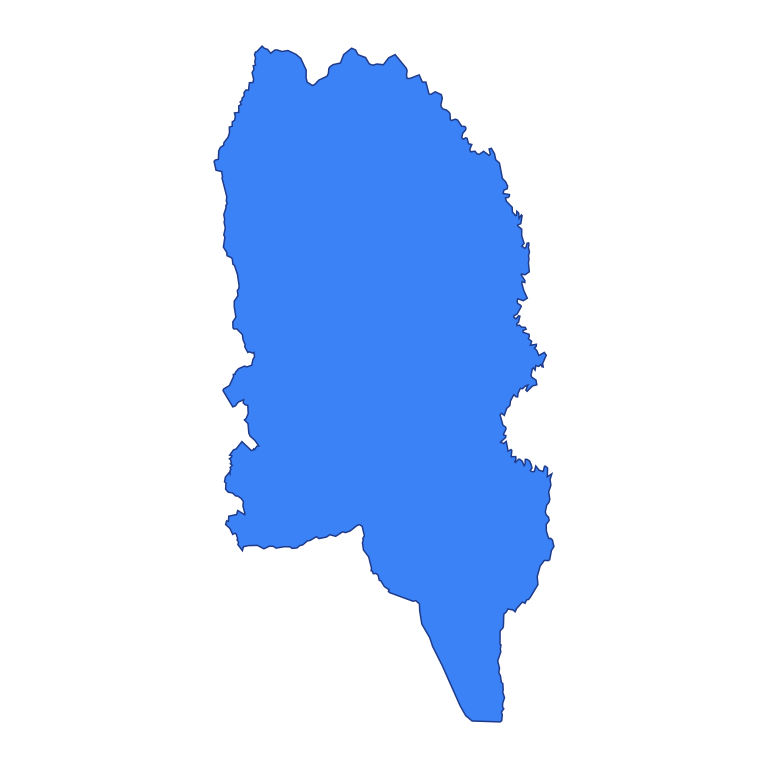 the district of Kamonyi, Southern, Rwanda
{"feature_id": "39286606B23352434464252", "entity_name": "Kamonyi", "entity_type": "district", "adm_level": 2, "iso_a3": "RWA", "parent_name": "Rwanda", "parent_adm1": "Southern", "projection": "equal_earth", "projection_center": [29.885, -2.028], "detail": "fine", "context": "isolated", "style": "filled", "palette": "blue", "viewbox_px": 768, "rotation_deg": 0, "n_neighbors": 0, "source": "geoboundaries", "source_scale": "gbopen_adm2", "svg_char_len": 6069}
<svg xmlns="http://www.w3.org/2000/svg" viewBox="0 0 768 768"><path d="M499.4,163.0L495.7,159.7L494.5,153.8L491.3,148.3L489.1,149.0L490.3,154.1L489.1,155.4L483.6,151.3L479.3,154.3L477.1,153.9L475.0,151.2L470.7,151.8L469.7,149.6L471.8,144.5L468.6,143.8L467.1,138.3L465.7,137.8L463.4,139.2L461.7,137.5L462.7,133.4L465.7,129.7L465.9,127.9L464.9,126.5L461.7,126.2L457.5,120.0L455.4,119.2L451.4,120.5L450.3,119.6L450.0,113.7L449.1,112.3L446.4,110.0L442.8,108.9L441.3,106.9L440.8,105.3L442.3,98.1L441.3,94.6L435.2,91.8L430.8,94.4L429.0,94.0L425.9,82.1L422.3,82.1L419.2,74.9L409.7,78.5L407.0,78.4L406.5,74.9L407.1,70.7L406.3,68.3L395.1,54.6L388.7,57.8L383.4,64.7L376.9,64.0L372.7,65.2L369.2,63.8L365.6,57.6L358.1,54.7L355.5,49.9L351.6,48.2L343.7,54.6L340.4,63.0L333.2,64.6L330.2,66.6L328.9,68.3L328.3,73.8L326.9,76.3L318.8,80.1L314.8,84.4L312.4,85.5L307.2,82.1L306.1,77.9L306.2,70.1L300.7,58.3L295.9,54.3L287.9,50.5L282.0,51.5L277.0,49.9L274.9,50.0L270.6,53.3L267.6,49.4L264.3,48.3L262.1,46.1L256.6,51.9L255.5,52.0L254.5,54.5L255.6,57.9L254.8,61.6L255.5,65.1L253.2,65.8L254.0,69.1L252.1,72.6L253.6,79.3L253.0,82.5L249.4,82.7L248.5,90.2L245.9,90.0L244.0,92.6L244.2,95.9L242.0,98.3L242.1,100.2L240.1,102.0L241.3,104.4L238.8,105.8L238.8,112.3L234.4,113.0L235.3,116.4L234.7,120.1L232.2,122.0L232.2,126.2L229.3,127.1L229.5,132.6L228.2,137.1L224.0,142.5L223.6,145.4L220.4,147.3L218.7,151.0L218.4,159.3L215.4,160.0L214.1,161.3L216.0,170.2L221.7,171.6L222.5,176.8L222.0,178.0L226.8,196.7L226.3,201.0L227.2,203.3L225.8,205.7L226.1,207.4L223.8,214.6L224.7,219.6L224.1,222.3L225.3,227.8L223.8,235.1L224.9,237.1L223.4,247.1L226.8,252.5L227.0,255.7L231.2,257.6L232.3,259.1L232.9,264.2L234.5,265.4L237.5,274.6L239.1,285.9L238.8,288.7L237.3,290.5L238.0,295.7L234.3,301.1L234.2,306.5L235.9,317.2L232.8,321.9L233.0,327.8L233.8,328.9L236.8,328.9L242.4,334.6L243.1,339.8L245.2,344.9L244.7,346.7L247.2,351.3L247.9,352.5L248.9,351.8L252.9,353.1L254.0,352.5L254.5,356.8L253.0,359.3L251.7,365.2L246.9,366.9L244.5,366.1L238.6,368.7L235.4,372.4L235.0,374.3L233.3,374.4L233.5,376.6L229.5,385.5L223.6,389.0L223.0,390.6L232.8,406.9L235.4,405.9L238.1,402.2L243.6,399.7L243.2,402.8L245.2,404.8L247.8,405.4L248.2,413.6L246.1,418.6L244.4,419.9L248.0,423.6L248.8,433.1L250.1,436.1L255.0,440.5L258.8,446.0L256.8,446.3L254.6,449.6L253.7,448.8L252.9,450.2L251.3,450.5L241.9,441.6L236.2,448.9L233.5,449.9L229.7,455.2L231.8,455.7L231.6,457.0L229.4,458.8L230.5,459.5L231.3,463.0L230.4,463.8L232.3,465.4L230.1,467.5L230.9,469.5L230.1,470.4L230.0,473.8L229.2,472.5L225.4,477.1L224.5,481.8L226.0,483.2L225.6,489.2L228.2,492.2L232.6,493.0L235.6,495.9L237.8,496.1L241.0,498.3L243.4,501.5L242.9,506.0L244.9,513.4L244.7,514.7L237.7,510.5L236.6,514.5L228.8,516.2L228.4,521.4L226.7,520.8L225.6,524.5L229.8,528.3L232.7,534.4L234.9,533.3L236.2,534.0L237.7,538.8L237.0,539.9L238.5,541.9L237.9,544.6L242.4,550.7L243.4,546.8L248.2,545.6L257.5,545.4L263.9,548.8L269.6,546.1L273.5,546.4L276.0,548.1L284.4,546.7L290.1,546.8L292.1,548.4L297.0,547.9L299.9,545.5L302.7,544.9L307.2,541.0L310.1,540.4L316.4,536.7L319.0,538.6L326.6,537.0L329.8,534.7L335.7,536.3L342.6,531.8L345.5,532.6L350.2,530.9L357.1,525.4L359.7,524.7L362.2,526.4L364.4,535.9L362.9,538.2L363.1,541.2L362.4,542.6L363.5,550.0L368.7,556.9L371.5,568.2L371.1,570.7L372.1,570.8L373.3,573.7L376.1,573.5L378.1,575.2L379.3,580.4L380.7,580.6L384.4,586.6L389.1,589.8L388.4,591.4L389.6,592.6L412.9,601.2L415.8,600.7L419.4,603.8L419.7,610.8L421.8,624.0L429.8,637.8L432.7,646.6L442.3,665.7L460.2,705.9L465.7,715.6L472.1,721.0L500.1,721.9L501.7,720.7L502.3,714.9L501.4,712.0L503.8,708.8L502.6,707.2L502.6,703.6L504.5,697.7L502.7,692.1L503.2,690.0L502.8,683.6L501.3,682.2L500.4,675.7L498.8,672.6L499.5,668.2L497.7,661.0L500.8,651.7L500.3,649.0L501.0,644.9L500.0,644.1L500.1,630.9L502.8,628.1L503.4,626.2L503.8,614.3L506.5,611.7L507.8,609.0L513.1,610.0L515.1,611.8L516.7,608.4L522.4,602.0L525.0,603.3L526.7,599.8L528.5,599.5L530.3,597.3L537.9,584.6L537.2,576.5L540.2,565.9L544.4,560.4L548.5,560.6L549.7,559.6L551.4,550.6L553.9,546.5L552.4,540.0L550.6,538.3L548.7,538.6L546.4,531.3L546.2,524.6L549.2,520.3L548.5,517.2L546.1,514.7L545.3,511.9L546.7,505.2L549.0,502.2L549.8,499.4L548.7,491.8L550.9,485.3L550.1,479.5L551.8,473.8L547.3,476.8L547.6,468.1L545.5,466.2L544.5,466.3L543.2,471.5L539.1,470.2L535.8,466.0L534.4,471.5L531.8,471.7L530.2,470.5L532.0,468.1L531.3,465.0L529.7,461.2L527.4,459.5L525.3,459.3L525.1,464.0L524.0,465.7L522.3,461.4L519.8,459.3L518.5,459.3L515.4,462.5L514.8,461.9L516.0,458.7L515.7,456.6L511.2,456.7L511.8,450.5L511.0,449.6L508.1,451.2L506.2,441.4L503.7,443.5L500.5,442.2L505.7,437.4L505.8,435.5L504.0,435.4L503.6,434.0L506.0,429.0L505.7,427.2L502.9,425.1L500.1,414.9L501.5,413.3L504.3,415.4L506.7,408.4L509.9,405.4L510.5,400.9L513.2,395.8L513.9,394.7L515.8,396.6L517.6,396.9L518.1,393.1L520.3,388.4L522.6,388.7L524.8,386.4L527.8,385.1L525.9,390.1L527.1,391.3L532.6,385.9L536.8,384.8L536.0,380.1L531.5,377.0L531.0,374.9L532.4,368.7L533.4,367.9L535.1,370.1L535.8,365.6L538.8,366.4L540.9,364.5L542.1,366.8L543.2,367.0L542.6,363.5L546.3,355.2L544.3,352.4L538.9,355.5L536.7,350.4L534.5,348.2L536.2,346.4L536.4,344.3L530.4,345.2L531.7,341.4L528.3,338.6L529.3,336.5L529.1,334.3L523.1,332.3L523.1,330.3L526.1,329.3L525.3,327.4L521.5,327.1L519.3,325.1L517.0,325.6L516.8,323.6L518.5,322.2L519.9,316.2L518.6,315.8L516.0,318.9L513.9,317.3L513.8,316.0L517.1,314.0L521.2,306.7L520.9,305.5L517.6,303.4L517.1,301.1L517.8,298.8L523.3,300.7L527.3,298.2L523.9,290.8L521.8,283.4L522.2,281.5L524.8,282.6L524.9,280.7L521.2,274.8L521.6,274.0L525.0,274.8L529.3,271.8L528.4,262.5L529.0,259.3L528.5,255.5L529.5,251.9L528.4,247.7L528.9,244.5L528.6,242.9L527.0,243.3L526.0,247.2L524.9,248.3L521.8,246.2L524.1,243.4L521.7,235.8L521.7,229.2L517.6,225.7L517.9,224.8L520.8,223.7L522.1,215.6L521.4,214.9L519.1,218.4L518.7,213.1L516.8,211.3L516.4,215.3L515.4,215.6L512.4,212.0L512.2,207.3L506.5,201.4L505.4,198.1L508.1,197.4L509.3,196.4L509.5,194.6L503.2,193.5L503.8,190.2L507.2,188.7L507.6,186.1L505.6,181.8L502.4,178.4L499.4,163.0Z" fill="#3b82f6" stroke="#1e3a8a" stroke-width="1.5"/></svg>